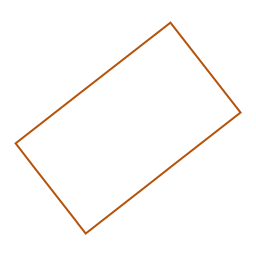 Kossuth, Iowa, United States of America, rotated 232°
{"feature_id": "52423323B59270943515315", "entity_name": "Kossuth", "entity_type": "district", "adm_level": 2, "iso_a3": "USA", "parent_name": "United States of America", "parent_adm1": "Iowa", "projection": "mercator", "projection_center": [-94.205, 43.204], "detail": "fine", "context": "isolated", "style": "outline", "palette": "amber", "viewbox_px": 256, "rotation_deg": 232, "n_neighbors": 0, "source": "geoboundaries", "source_scale": "gbopen_adm2", "svg_char_len": 341}
<svg xmlns="http://www.w3.org/2000/svg" viewBox="0 0 256 256"><g transform="rotate(232 128 128)"><path d="M185.1,30.0L155.5,29.8L155.2,29.8L151.9,29.8L151.4,29.8L118.0,29.8L86.7,29.8L83.6,29.7L70.9,29.7L70.9,111.4L71.0,139.9L70.9,226.2L184.9,226.3L185.1,111.3L185.1,82.4L185.1,30.0Z" fill="none" stroke="#b45309" stroke-width="2"/></g></svg>